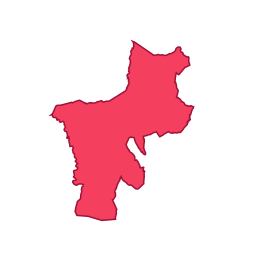 outline of Molcaxac, Puebla, Mexico, rotated 60°
{"feature_id": "50627088B79768269468288", "entity_name": "Molcaxac", "entity_type": "district", "adm_level": 2, "iso_a3": "MEX", "parent_name": "Mexico", "parent_adm1": "Puebla", "projection": "mercator", "projection_center": [-97.869, 18.674], "detail": "fine", "context": "isolated", "style": "filled", "palette": "rose", "viewbox_px": 256, "rotation_deg": 60, "n_neighbors": 0, "source": "geoboundaries", "source_scale": "gbopen_adm2", "svg_char_len": 5801}
<svg xmlns="http://www.w3.org/2000/svg" viewBox="0 0 256 256"><g transform="rotate(60 128 128)"><path d="M200.8,184.4L199.1,183.8L198.9,183.4L197.0,181.6L196.4,180.9L193.7,179.6L192.9,178.4L182.4,177.4L182.5,176.4L182.3,175.7L180.6,172.7L180.3,172.7L179.8,172.5L179.3,172.0L178.9,172.0L178.2,171.4L177.9,171.3L177.5,171.5L176.4,171.2L176.0,170.9L175.5,170.3L175.4,169.6L175.0,169.4L174.4,168.5L174.3,168.1L173.8,168.0L173.6,167.4L173.0,167.1L172.4,166.2L171.3,165.1L171.3,164.7L170.9,164.5L170.1,163.2L169.5,161.7L168.6,160.8L168.1,160.7L168.1,160.1L167.9,159.9L167.5,159.7L167.0,159.1L167.1,158.8L166.8,158.2L167.7,158.6L168.1,158.4L168.2,158.5L168.7,158.4L169.3,158.7L170.4,158.5L171.6,158.2L173.8,157.0L176.1,156.5L177.5,156.0L178.5,155.1L178.6,154.1L178.7,153.9L179.6,153.6L179.7,153.4L182.9,152.4L184.7,151.6L185.6,150.1L185.8,149.5L184.8,145.0L184.5,143.9L184.3,143.6L184.2,142.3L181.7,140.8L180.7,140.0L178.5,138.6L178.5,138.4L177.9,138.0L177.4,138.0L176.9,137.5L175.3,136.8L173.9,135.3L173.3,135.3L173.1,136.5L172.7,136.6L170.0,134.1L169.6,134.3L169.4,134.9L169.4,135.4L168.7,137.2L167.8,137.3L167.7,137.0L166.5,136.6L165.1,136.5L162.7,136.3L160.0,136.5L159.4,138.2L156.5,136.6L154.7,136.5L152.2,137.0L149.7,138.2L148.8,138.3L148.0,138.0L147.9,138.3L144.3,138.4L141.3,137.9L137.1,132.1L137.2,130.2L137.5,130.2L139.3,127.5L141.1,128.0L143.3,128.5L146.2,128.7L149.7,128.6L150.0,128.8L151.3,128.8L151.8,128.4L152.9,128.3L154.0,128.5L155.8,128.3L155.8,127.7L156.4,127.8L158.3,127.4L159.0,127.2L159.6,126.7L159.6,126.0L158.3,125.2L155.8,125.0L153.9,124.5L152.8,124.4L152.5,123.9L149.4,121.9L149.1,121.5L148.5,121.2L148.0,120.6L147.5,120.5L145.8,119.5L145.5,120.1L142.9,118.8L143.5,117.0L143.4,116.8L143.4,116.5L144.0,115.3L144.0,114.4L144.2,113.4L144.8,112.3L144.8,107.8L145.1,107.3L145.6,105.3L150.5,105.1L151.6,104.8L151.5,103.4L151.4,103.4L151.7,101.5L151.2,99.8L151.3,99.7L151.4,97.9L151.3,94.8L152.7,94.3L154.7,92.2L154.9,91.8L154.7,91.7L155.1,90.2L155.3,90.2L157.0,87.6L157.1,86.4L157.4,85.7L157.9,85.3L158.1,84.9L157.6,83.5L157.2,81.9L155.9,79.4L154.6,75.0L153.2,73.4L152.9,74.0L152.2,73.4L152.5,72.7L151.9,72.0L152.3,71.3L151.5,70.8L151.9,69.9L150.0,69.3L149.8,69.6L149.1,68.9L149.0,69.1L147.4,68.0L147.9,67.3L144.3,63.4L143.6,61.9L142.5,60.6L141.7,61.1L141.0,62.0L140.6,62.1L140.2,62.4L139.9,63.0L140.0,63.5L139.8,63.6L139.6,64.3L139.2,64.6L139.2,65.2L138.3,65.4L137.4,66.4L137.1,66.5L136.8,66.9L136.4,67.0L136.1,66.9L134.9,67.0L134.2,66.9L133.3,67.4L132.8,67.5L132.4,67.9L132.0,68.0L131.6,68.2L131.6,68.5L131.3,68.5L131.1,68.5L129.6,68.3L128.9,68.5L127.1,69.7L126.9,69.4L126.5,69.5L125.5,70.5L121.5,66.4L120.1,65.7L119.7,65.7L119.0,65.8L117.9,65.9L114.5,64.5L112.2,64.0L112.0,64.7L106.9,60.9L104.3,58.6L106.7,57.8L107.0,57.5L107.2,57.1L104.1,48.5L104.5,43.1L102.9,42.6L100.9,42.2L97.8,40.4L97.4,40.0L96.5,40.2L96.0,41.3L93.1,43.1L92.5,43.1L91.6,43.3L90.5,42.9L90.2,43.2L89.6,43.4L89.3,43.4L89.2,43.7L88.6,43.9L87.4,44.0L86.5,43.8L86.2,42.6L84.3,42.4L83.4,43.3L83.1,43.8L82.9,45.0L83.2,46.6L83.6,47.1L84.3,47.7L85.0,49.0L85.2,50.0L85.1,53.5L84.4,54.9L84.2,58.3L84.0,58.7L83.7,59.6L83.0,60.6L82.2,61.1L81.9,61.7L81.7,61.8L81.6,62.4L81.2,62.9L80.5,64.3L79.3,65.2L79.2,66.1L78.4,68.5L77.9,69.0L77.9,69.4L77.7,69.7L77.0,69.7L57.0,79.3L55.2,80.7L56.2,80.6L57.0,80.8L59.1,81.4L59.5,81.9L60.3,82.3L61.0,83.2L61.7,83.8L61.7,84.1L61.1,84.5L62.6,85.9L62.6,86.7L63.3,87.4L64.6,87.7L66.2,88.7L66.7,90.0L68.4,92.0L69.4,92.2L70.3,92.1L71.0,92.2L71.6,92.7L72.1,92.9L72.3,93.3L72.8,93.3L73.2,93.7L73.8,94.5L74.5,94.7L74.8,95.0L75.1,95.8L76.1,96.8L76.3,97.3L76.5,97.2L77.2,97.7L78.2,98.0L78.7,98.9L79.1,99.1L80.5,98.9L80.9,99.1L81.5,102.1L81.9,102.4L83.4,103.0L84.3,102.5L84.5,102.7L84.7,103.4L85.0,103.7L85.3,102.9L85.8,102.8L86.3,103.0L87.1,103.6L87.6,104.3L89.8,104.6L90.5,105.3L90.3,105.8L91.2,106.7L92.4,108.7L92.9,109.3L93.2,109.2L94.4,111.1L94.6,111.9L95.3,130.5L95.2,131.2L94.0,133.2L93.2,136.5L92.6,136.8L91.4,137.1L91.0,137.5L90.5,140.2L89.9,141.3L90.0,143.5L88.3,147.1L87.8,147.0L87.3,148.0L86.8,149.3L86.5,151.3L85.5,152.1L85.8,152.1L85.0,152.8L80.1,155.8L79.6,156.4L78.6,160.7L78.7,160.9L78.4,163.6L77.6,163.9L74.7,174.6L72.9,178.2L72.9,179.1L73.1,179.6L77.7,185.9L78.1,187.2L78.2,188.2L78.7,187.2L79.4,187.1L80.3,187.5L81.3,187.4L81.7,187.1L82.7,185.6L83.7,185.0L84.3,185.0L85.2,185.6L85.5,185.5L85.9,185.3L85.8,184.8L86.1,184.0L86.6,183.6L87.4,183.7L88.3,184.2L88.8,184.0L89.2,183.6L89.4,183.2L89.6,181.4L90.4,180.7L90.8,180.5L91.1,180.5L93.3,181.6L94.4,181.4L95.6,181.7L96.0,182.0L97.2,183.9L97.9,184.3L99.2,184.2L100.4,183.2L101.2,183.1L104.8,184.5L105.8,185.8L106.5,185.9L106.7,185.7L106.7,185.3L106.1,184.0L106.2,183.7L106.6,183.7L108.0,184.5L108.9,185.3L109.8,185.6L111.5,186.3L113.2,186.7L114.7,187.5L115.2,187.4L115.5,186.0L116.1,185.3L116.7,185.2L117.6,185.3L118.4,185.6L118.5,186.4L118.7,186.7L119.3,187.0L120.9,187.4L121.9,187.9L122.5,187.9L123.3,187.4L123.6,187.4L126.6,188.9L127.1,188.9L128.1,188.2L128.7,188.2L129.6,188.4L130.1,189.2L130.3,190.1L130.4,190.3L130.8,190.3L133.6,189.3L133.9,189.7L133.7,190.5L133.8,190.8L134.9,192.3L135.6,192.3L137.0,191.3L137.5,191.4L137.8,191.8L138.4,193.1L138.5,193.7L138.5,194.3L138.0,195.3L137.9,196.0L137.9,196.3L138.2,196.7L139.4,197.2L142.1,198.0L142.8,198.8L142.9,199.4L143.4,199.7L145.6,198.6L146.2,198.6L146.7,198.7L147.0,198.9L147.1,199.3L147.1,199.7L146.5,200.8L146.2,201.7L146.6,202.6L147.1,202.9L149.2,203.0L149.5,202.5L150.0,202.5L150.8,202.2L151.7,201.3L152.0,200.8L152.0,200.3L151.7,199.4L151.9,198.7L153.3,196.1L154.6,195.0L156.0,196.4L156.0,197.2L158.1,199.2L160.0,199.9L161.9,202.0L165.3,204.3L165.8,205.5L166.3,208.4L166.8,209.0L171.6,213.7L172.6,214.3L173.7,215.5L174.3,215.7L174.9,215.5L175.4,215.6L177.5,216.0L178.2,215.9L184.6,206.6L195.0,196.8L200.8,184.4Z" fill="#f43f5e" stroke="#9f1239" stroke-width="1.5"/></g></svg>